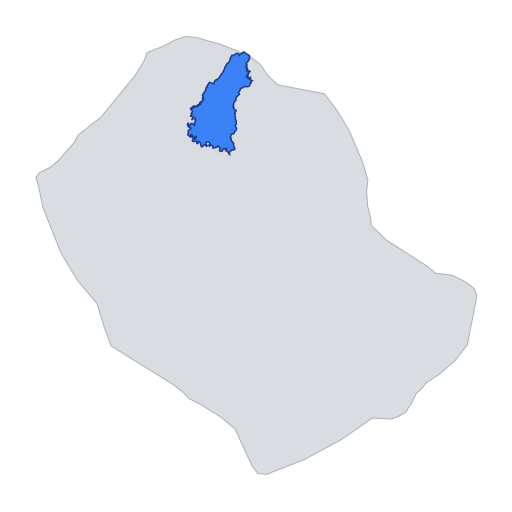 Menoaneng, Mokhotlong, Lesotho shown in context, rotated 271°
{"feature_id": "5366337B74637186434694", "entity_name": "Menoaneng", "entity_type": "district", "adm_level": 2, "iso_a3": "LSO", "parent_name": "Lesotho", "parent_adm1": "Mokhotlong", "projection": "orthographic", "projection_center": [29.096, -29.433], "detail": "fine", "context": "in_parent", "style": "filled", "palette": "blue", "viewbox_px": 512, "rotation_deg": 271, "n_neighbors": 0, "source": "geoboundaries", "source_scale": "gbopen_adm2", "svg_char_len": 7071}
<svg xmlns="http://www.w3.org/2000/svg" viewBox="0 0 512 512"><g transform="rotate(271 256 256)"><path d="M352.3,360.7L335.6,366.1L333.3,366.5L322.6,365.4L308.3,366.7L297.1,369.7L288.4,370.8L274.2,386.1L248.7,427.4L241.9,436.0L240.2,452.2L234.3,465.0L227.1,475.0L220.0,477.5L198.5,473.8L170.9,468.9L154.8,456.7L140.3,440.6L132.7,428.9L124.7,422.5L122.0,418.9L110.7,413.6L106.4,410.8L102.7,408.9L98.0,401.0L95.3,394.3L96.0,375.2L87.9,363.9L74.1,344.8L65.2,329.0L53.1,307.5L45.6,289.1L37.8,270.0L38.6,261.7L45.7,255.9L66.4,245.9L82.6,238.2L94.0,224.2L106.4,203.6L112.4,191.2L118.5,185.5L125.2,176.8L136.8,157.4L149.7,135.8L163.5,112.7L181.2,105.9L205.5,97.9L228.7,77.7L256.5,60.6L301.4,41.9L322.4,37.2L330.4,34.5L335.5,37.9L340.9,48.4L348.5,57.2L366.4,72.4L373.9,76.1L392.3,98.7L411.9,114.2L434.4,132.0L449.7,140.9L457.5,143.4L464.0,159.3L470.5,171.0L474.2,182.1L473.4,192.8L466.3,219.0L455.9,245.8L447.6,256.9L437.5,264.0L427.6,274.6L423.8,296.1L419.4,321.4L406.6,331.8L396.6,338.6L382.8,347.0L352.3,360.7Z" fill="#d9dde1" stroke="#a8b0b8" stroke-width="1"/><path d="M458.2,243.0L458.4,242.3L458.8,241.7L459.6,241.1L459.6,239.3L459.4,239.0L459.0,239.1L458.5,238.7L457.7,237.1L456.3,235.8L456.3,235.5L457.1,235.5L458.1,235.1L458.3,234.4L457.9,232.1L457.5,231.9L456.1,229.9L456.0,229.5L456.5,228.6L452.9,226.7L452.2,226.7L449.3,225.6L449.0,225.4L448.1,224.0L446.7,222.9L445.5,222.7L444.5,221.7L442.0,221.1L441.5,220.7L440.9,220.6L440.1,220.0L439.3,219.9L438.7,219.3L438.2,219.3L437.6,218.9L437.2,218.1L436.8,218.0L436.6,218.0L436.1,217.7L436.0,217.3L434.9,217.1L434.4,216.5L433.4,215.9L433.1,215.5L432.5,215.0L432.1,214.4L432.0,214.0L431.7,213.8L431.7,213.5L431.5,213.0L430.8,212.6L430.9,212.3L430.6,212.1L430.6,211.9L429.9,211.7L429.5,211.3L428.7,211.2L427.9,210.6L427.3,210.7L427.4,210.2L428.0,209.6L428.2,208.1L428.8,206.9L428.8,206.5L428.5,206.1L427.3,205.7L427.3,205.4L426.6,205.1L425.7,204.3L424.9,203.9L424.0,204.2L423.8,203.7L423.2,203.1L422.2,203.1L421.6,202.6L420.4,202.7L419.9,202.1L419.5,201.9L418.6,201.0L417.7,201.0L417.3,200.6L417.2,200.4L416.1,199.6L415.4,199.8L414.9,200.4L414.4,200.3L414.3,200.1L414.0,200.1L413.8,199.9L413.5,200.2L413.2,200.0L413.1,200.3L413.1,200.7L412.6,200.9L411.9,200.2L411.9,199.9L411.8,199.7L411.6,199.7L411.5,200.0L411.2,200.0L411.1,200.4L410.9,200.4L410.3,200.1L410.2,199.8L409.6,199.8L409.8,199.3L409.2,199.0L408.9,198.6L409.4,198.5L409.4,198.3L408.7,198.2L408.2,198.0L408.5,197.4L408.4,197.2L408.1,197.3L407.4,197.9L407.2,197.7L407.0,198.1L406.3,197.4L406.7,197.0L406.4,197.0L406.1,196.8L406.4,196.3L405.7,195.9L406.2,195.5L406.1,195.2L404.9,195.2L404.3,194.5L404.4,194.2L405.0,193.6L404.5,193.1L404.6,192.7L404.2,192.8L404.1,192.4L404.7,192.4L404.9,192.2L404.5,191.8L404.3,191.3L403.7,191.4L403.5,191.1L404.4,190.8L404.6,190.8L404.7,190.6L404.2,190.3L403.8,189.7L403.4,190.0L403.0,189.9L403.1,189.4L402.6,189.3L402.5,189.0L402.8,188.5L402.4,188.3L402.1,188.0L401.7,188.5L402.2,188.9L402.0,189.3L402.4,189.5L400.8,188.7L400.7,189.3L400.4,189.6L399.5,189.9L398.6,189.8L397.6,188.7L396.4,189.4L396.0,189.2L395.6,188.4L395.0,188.1L394.8,188.1L394.4,188.6L394.3,190.0L393.8,190.8L393.1,190.6L391.7,189.5L391.3,189.6L391.3,190.1L391.5,190.3L392.8,190.8L393.3,191.4L393.0,192.4L392.6,193.0L391.9,193.2L391.6,192.7L391.2,192.5L390.1,193.3L389.4,193.0L388.7,192.3L387.0,192.4L385.6,192.1L385.7,191.8L386.9,190.8L387.6,189.5L387.5,189.2L386.9,188.5L386.6,188.5L385.6,188.0L385.1,187.4L385.0,187.0L385.4,186.5L387.2,186.4L387.6,186.1L387.5,185.7L386.4,185.1L386.1,185.1L385.0,185.7L384.0,186.1L383.0,188.3L382.4,188.7L382.0,188.4L381.4,187.3L380.2,186.1L379.3,185.9L378.6,186.2L377.9,186.3L376.7,185.7L376.0,185.7L374.1,187.8L373.8,189.4L374.0,189.6L374.5,189.5L374.9,188.9L376.0,188.5L376.4,188.8L376.4,189.5L375.1,190.6L373.2,190.6L372.8,190.8L372.7,191.2L372.8,192.1L374.5,193.0L374.7,193.8L374.3,194.3L373.8,194.4L372.8,193.8L372.0,193.0L371.4,191.0L370.9,190.4L369.7,190.5L369.4,190.9L369.3,191.3L369.4,192.3L370.0,193.7L369.8,194.6L369.4,194.8L367.9,194.7L367.5,194.9L367.3,195.3L367.5,195.9L367.9,196.1L368.8,196.1L369.5,196.4L369.4,197.1L368.2,198.3L365.0,199.2L364.4,199.4L364.2,199.6L364.1,199.9L365.0,201.2L366.2,202.2L366.2,203.0L365.3,204.0L364.9,204.2L364.8,204.4L365.1,205.2L365.2,205.3L365.7,205.1L366.5,204.4L367.4,204.0L368.4,204.0L369.2,204.7L369.4,205.3L369.2,206.6L368.7,207.5L367.8,208.2L367.5,208.2L367.4,207.9L365.9,207.0L365.1,207.1L364.9,207.3L365.0,207.7L365.8,208.7L366.0,209.9L365.7,210.3L365.4,210.5L364.3,211.0L363.2,211.1L363.1,211.5L363.7,213.6L364.2,214.6L364.4,215.4L364.6,215.6L365.2,215.4L365.5,215.6L365.5,215.9L363.8,217.7L363.2,218.0L361.3,217.6L360.4,217.9L360.4,218.1L359.9,219.4L360.0,219.9L360.7,220.8L362.3,221.1L362.8,221.6L363.0,222.2L362.8,222.4L362.7,223.5L363.0,224.1L363.0,224.5L362.8,224.7L362.6,224.8L362.2,224.5L361.9,223.9L361.6,223.7L360.9,223.7L360.6,224.2L360.6,224.8L359.7,226.0L357.8,227.1L357.1,227.6L357.0,227.9L358.3,227.4L359.8,228.1L360.3,228.8L361.1,229.4L361.8,230.3L361.9,230.7L361.6,231.4L361.8,232.1L362.1,232.8L363.4,232.9L363.9,232.7L364.5,231.9L364.9,232.1L365.7,232.0L366.8,231.6L368.2,231.7L368.5,231.3L369.2,231.1L369.6,230.8L370.6,229.3L372.1,229.2L372.7,229.4L373.8,228.3L374.6,228.2L375.3,228.8L376.8,229.0L377.8,229.8L377.9,230.0L377.7,231.1L378.1,231.9L380.2,232.6L381.1,233.8L383.3,234.4L383.9,234.1L384.2,233.6L385.0,233.4L385.8,233.0L386.6,233.1L387.6,234.0L388.6,233.8L389.4,233.9L389.9,233.7L390.6,233.9L392.9,232.9L394.9,233.0L395.6,232.4L396.3,232.3L397.7,232.9L398.8,232.2L399.5,232.5L400.6,233.5L401.1,233.7L401.3,233.6L401.8,232.2L402.2,231.6L402.9,231.3L403.8,231.5L404.7,230.3L405.8,231.1L406.7,230.7L407.7,231.1L408.8,231.1L410.2,232.1L410.7,232.9L411.5,233.2L412.8,233.1L414.3,233.8L414.9,233.7L416.7,236.1L417.3,236.5L417.9,236.6L418.4,235.9L419.0,235.7L419.8,236.1L421.4,237.2L422.7,237.3L423.4,238.4L423.8,238.8L424.1,240.4L425.4,241.1L425.1,242.1L425.1,244.1L425.4,244.8L425.3,245.6L425.7,246.4L426.0,246.6L427.3,246.7L428.1,247.4L428.8,247.7L429.2,248.1L429.4,247.7L429.7,247.6L430.1,248.0L430.6,248.3L431.1,248.9L431.1,248.3L431.6,247.8L433.0,247.8L433.1,247.4L432.6,247.5L432.5,247.4L432.5,246.4L432.7,246.1L432.9,246.2L433.0,246.7L433.6,246.7L434.5,247.2L434.2,246.1L433.5,245.4L433.6,244.7L433.8,244.5L434.6,245.0L434.9,244.9L434.7,244.3L435.3,243.0L435.7,243.1L435.7,243.5L436.3,244.0L436.0,244.4L436.4,244.9L436.6,244.9L436.8,244.4L437.1,244.1L437.8,244.9L437.9,245.4L438.3,245.4L438.8,245.0L439.1,245.1L439.3,245.8L440.4,246.8L441.0,246.4L441.0,245.9L440.8,245.2L440.1,245.0L440.1,244.8L440.2,244.6L440.6,244.6L440.4,244.1L440.9,243.7L441.0,243.2L441.7,243.4L442.2,243.8L442.4,244.3L442.7,244.4L443.2,244.2L443.0,243.3L443.6,242.9L443.8,243.0L444.3,243.6L444.8,243.7L445.0,243.5L445.0,242.8L445.6,242.4L445.8,242.6L446.4,243.6L446.9,243.7L447.2,243.5L447.4,243.0L447.8,242.7L448.1,243.0L449.0,243.3L450.1,244.5L450.6,244.5L451.4,245.0L452.1,245.1L452.2,245.8L452.4,245.9L453.4,246.1L454.2,246.0L454.6,245.9L455.4,246.1L456.1,246.0L457.1,244.6L457.6,243.3L458.2,243.0Z" fill="#3b82f6" stroke="#1e3a8a" stroke-width="1.5"/></g></svg>